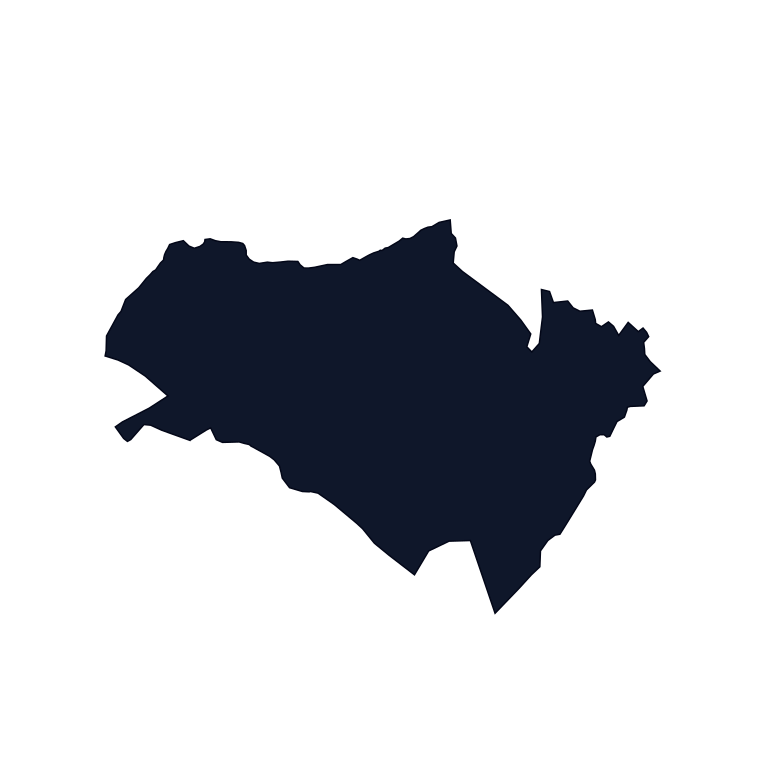 outline of Karaye, Kano, Nigeria, rotated 229°
{"feature_id": "59680162B44599338364171", "entity_name": "Karaye", "entity_type": "district", "adm_level": 2, "iso_a3": "NGA", "parent_name": "Nigeria", "parent_adm1": "Kano", "projection": "robinson", "projection_center": [8.014, 11.761], "detail": "fine", "context": "isolated", "style": "filled", "palette": "ink", "viewbox_px": 768, "rotation_deg": 229, "n_neighbors": 0, "source": "geoboundaries", "source_scale": "gbopen_adm2", "svg_char_len": 2535}
<svg xmlns="http://www.w3.org/2000/svg" viewBox="0 0 768 768"><g transform="rotate(229 384 384)"><path d="M513.7,151.8L509.0,152.7L508.2,156.4L510.9,176.2L506.0,180.9L494.8,186.0L468.7,200.6L468.8,200.8L465.8,219.9L464.6,224.4L452.0,220.9L445.9,223.8L435.3,236.7L430.8,239.6L427.0,242.4L425.3,242.9L424.2,242.9L423.2,243.4L404.3,250.3L398.8,251.4L390.7,251.3L384.7,248.3L379.7,245.5L367.7,244.7L356.4,251.9L351.7,256.8L351.1,258.0L344.9,262.6L325.6,267.4L296.9,272.0L288.9,272.9L270.3,272.3L270.2,272.3L266.5,272.9L251.2,275.5L220.0,281.8L220.6,283.6L228.7,308.2L222.7,330.0L209.2,346.5L138.1,317.4L141.2,352.0L143.3,370.0L143.8,381.7L155.4,392.6L158.4,405.0L157.8,413.8L155.2,418.2L158.0,427.4L160.9,436.7L168.6,461.1L171.2,467.3L171.9,478.6L172.9,480.7L177.5,484.5L180.9,486.3L187.9,487.5L190.8,488.6L197.6,498.2L199.9,502.3L202.2,505.9L205.0,509.2L204.1,513.6L201.3,516.9L197.8,517.4L196.4,520.1L199.7,527.8L202.8,535.2L201.3,543.7L205.0,550.2L206.8,552.4L205.5,555.2L196.9,566.0L198.6,571.4L212.4,577.7L214.8,593.9L212.6,600.9L226.2,599.6L235.2,600.2L240.0,603.9L245.1,607.3L246.1,614.8L250.7,616.1L256.3,616.2L256.7,610.3L270.3,608.7L266.7,593.0L276.9,595.1L283.6,594.1L284.6,585.7L290.9,583.5L294.0,585.7L303.1,589.8L310.4,579.6L317.4,576.7L326.1,577.1L334.3,565.3L345.2,569.6L352.0,564.8L330.6,547.6L312.7,527.8L311.2,516.6L318.4,516.2L325.5,527.6L342.4,529.2L362.1,529.2L417.5,517.0L429.9,515.6L437.7,523.7L440.3,529.6L447.3,533.7L453.5,533.5L464.4,541.6L469.8,531.6L471.3,523.4L473.5,520.1L474.8,516.6L475.9,512.6L475.8,509.8L475.8,506.5L475.8,503.0L476.8,499.0L479.2,495.6L481.8,493.8L481.9,489.3L483.2,482.2L484.2,476.7L485.8,474.0L486.0,470.2L487.4,468.9L487.5,467.3L489.7,462.2L491.0,457.8L491.6,455.2L492.2,452.3L493.3,446.8L495.6,445.8L499.8,443.4L501.4,435.7L502.5,429.8L511.3,419.6L517.6,408.2L521.0,403.1L524.0,399.7L529.1,398.9L533.0,399.4L539.6,392.2L543.8,386.1L548.7,379.4L552.5,375.9L556.8,369.0L561.5,365.6L566.6,364.2L571.7,364.6L575.2,367.6L580.0,369.6L582.7,369.6L586.3,367.2L591.8,361.7L598.4,354.2L602.7,350.8L607.6,348.1L610.5,343.7L609.0,342.0L608.2,339.5L608.6,335.3L610.9,329.9L616.1,327.3L623.8,326.6L627.5,319.4L629.9,313.7L628.2,309.8L627.1,306.4L625.6,303.3L624.0,301.0L622.2,298.9L622.0,294.7L620.9,290.3L619.9,286.5L620.5,283.4L619.9,278.8L619.6,273.9L617.5,262.0L617.3,244.5L611.3,233.1L610.7,228.7L602.3,206.1L591.4,196.1L588.1,191.9L576.6,199.0L565.9,203.8L546.7,209.0L516.7,213.1L519.8,191.0L527.0,161.7L527.9,153.1L513.7,151.8Z" fill="#0f172a" stroke="#020617" stroke-width="1.5"/></g></svg>